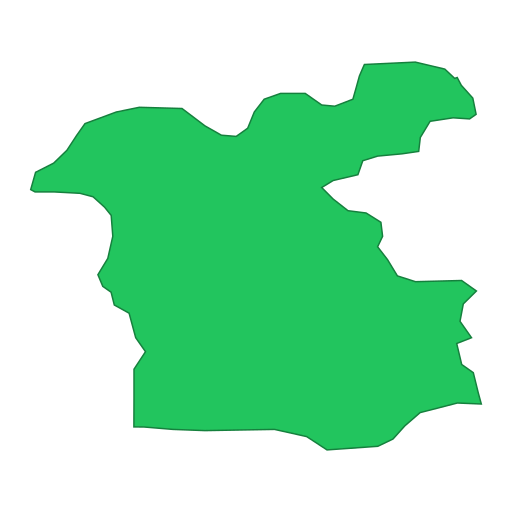 Ronneby, Blekinge, Sweden (Robinson projection)
{"feature_id": "70781695B61980194146420", "entity_name": "Ronneby", "entity_type": "district", "adm_level": 2, "iso_a3": "SWE", "parent_name": "Sweden", "parent_adm1": "Blekinge", "projection": "robinson", "projection_center": [15.274, 56.332], "detail": "fine", "context": "isolated", "style": "filled", "palette": "green", "viewbox_px": 512, "rotation_deg": 0, "n_neighbors": 0, "source": "geoboundaries", "source_scale": "gbopen_adm2", "svg_char_len": 1199}
<svg xmlns="http://www.w3.org/2000/svg" viewBox="0 0 512 512"><path d="M133.9,426.9L144.1,427.0L172.9,429.4L205.0,430.6L274.5,429.4L306.7,436.6L327.0,449.9L377.8,446.3L393.0,439.0L404.9,425.8L420.1,412.6L457.4,403.0L481.3,404.0L478.2,392.6L473.3,372.7L461.7,364.5L456.7,343.5L471.5,337.7L460.0,321.3L463.3,303.9L476.4,291.0L461.6,280.5L415.5,281.7L397.4,275.9L387.5,259.6L377.6,246.8L382.6,236.3L380.9,222.3L366.1,213.0L348.0,210.7L333.2,199.1L321.7,187.5L333.2,180.5L357.9,174.7L362.8,160.7L377.6,156.1L402.2,153.8L418.7,151.4L420.3,137.5L430.1,121.3L453.1,117.8L469.6,118.9L476.1,114.3L472.8,98.1L461.3,85.3L457.2,77.5L454.7,78.4L444.8,69.1L415.3,62.1L364.4,64.5L362.7,68.3L359.4,76.0L356.2,87.6L352.9,99.2L334.8,106.2L321.7,105.0L305.2,93.4L280.6,93.4L264.2,99.2L254.3,112.0L247.7,128.2L236.2,136.4L221.4,135.2L205.0,125.9L182.0,108.5L139.3,107.3L116.3,112.0L85.0,123.6L76.8,135.2L66.9,150.3L53.7,163.1L35.6,172.3L30.7,189.6L35.0,191.9L53.8,191.9L80.0,193.3L93.1,196.8L104.6,207.2L111.2,215.4L112.8,236.3L107.8,258.4L97.9,274.7L102.8,286.4L111.1,292.2L114.3,305.0L129.1,313.2L135.7,337.7L145.5,351.7L134.0,369.2L134.0,398.4L133.9,426.9Z" fill="#22c55e" stroke="#15803d" stroke-width="1.5"/></svg>